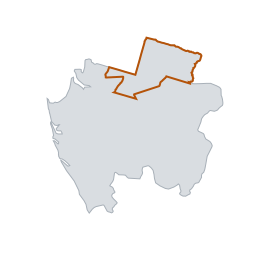 location of Wouleu-Ntem within Gabon, rotated 16°
{"feature_id": "GAB-2187", "entity_name": "Wouleu-Ntem", "entity_type": "Province", "adm_level": 1, "iso_a3": "GAB", "parent_name": "Gabon", "parent_adm1": "", "projection": "albers", "projection_center": [12.153, 1.276], "detail": "fine", "context": "in_parent", "style": "outline", "palette": "amber", "viewbox_px": 256, "rotation_deg": 16, "n_neighbors": 0, "source": "natural_earth", "source_scale": "10m", "svg_char_len": 5869}
<svg xmlns="http://www.w3.org/2000/svg" viewBox="0 0 256 256"><g transform="rotate(16 128 128)"><path d="M178.5,40.2L178.4,42.3L176.1,47.4L174.9,51.3L174.7,55.5L175.3,58.9L176.5,61.3L177.2,63.9L176.6,65.7L175.5,66.5L176.3,67.4L178.0,67.6L180.9,66.8L185.4,65.4L191.3,63.4L195.1,62.3L201.5,63.0L204.9,63.7L206.7,65.1L208.6,71.1L209.5,72.0L211.0,74.6L212.3,77.7L212.6,79.2L212.5,80.3L211.2,82.0L209.7,84.4L209.2,85.9L208.0,87.0L206.4,88.1L202.2,88.5L201.5,89.2L200.3,91.8L198.1,94.0L197.1,96.0L196.2,98.8L196.4,102.2L195.9,107.2L195.5,110.5L196.6,111.7L201.7,112.5L202.7,113.1L204.0,115.2L205.8,117.1L210.4,118.4L212.3,119.8L213.7,121.5L213.9,122.8L212.9,128.2L211.9,133.3L212.3,137.2L212.7,140.9L213.2,146.4L213.0,149.7L211.7,151.7L211.7,153.3L212.3,155.2L211.1,160.5L210.4,161.4L208.3,162.4L207.2,163.8L206.8,166.1L205.7,169.1L204.6,170.2L204.6,171.7L205.7,172.7L205.7,174.3L203.6,176.2L202.3,177.6L199.5,178.3L196.4,177.6L195.6,176.5L196.4,174.9L196.1,173.6L195.0,172.2L193.3,168.7L191.8,167.9L190.9,169.4L188.4,172.1L183.8,175.5L180.6,175.8L174.7,174.8L169.7,173.1L167.3,169.1L165.9,165.7L163.8,161.8L161.4,160.0L158.8,158.8L157.7,158.7L154.1,160.9L153.0,161.7L153.0,163.6L153.4,165.3L153.9,166.1L154.4,167.2L154.3,168.9L153.7,171.1L153.4,173.6L142.1,176.1L140.1,175.2L138.7,174.1L136.9,174.3L132.0,175.5L130.2,174.6L128.4,174.0L127.6,174.5L127.5,175.6L128.3,181.5L128.0,183.7L126.9,186.6L126.4,188.6L129.4,189.2L130.5,190.1L131.5,191.6L133.0,193.0L133.1,193.8L131.4,195.3L130.9,197.2L131.6,198.7L133.7,200.2L136.7,201.8L138.2,202.9L138.0,203.8L136.6,205.9L136.1,207.6L135.1,209.2L135.3,210.6L136.7,212.0L136.5,213.2L135.6,214.1L133.8,213.9L132.2,214.0L130.8,213.6L126.3,209.0L125.3,208.8L118.9,212.4L117.3,213.9L116.0,216.0L114.2,220.5L111.3,217.9L108.7,213.0L105.8,210.0L99.6,205.2L98.0,201.7L90.9,193.8L80.7,186.0L73.4,179.1L72.3,177.6L73.5,177.8L80.6,181.2L81.6,180.8L82.4,180.1L79.3,178.3L76.4,176.9L73.7,176.0L70.9,176.1L69.4,174.6L68.4,172.5L67.9,170.6L66.7,168.6L62.8,164.6L61.8,163.0L59.7,160.9L61.0,160.6L65.2,162.6L65.5,161.8L65.2,160.6L61.0,158.7L58.7,158.6L58.2,157.2L58.5,155.6L55.5,149.7L52.4,145.3L51.9,143.2L60.3,152.8L61.4,153.0L62.9,152.9L66.4,151.9L65.7,150.6L64.2,149.2L62.6,149.8L60.7,150.0L59.6,149.4L59.2,148.4L61.2,143.7L60.3,144.0L59.7,144.8L58.6,145.2L56.9,145.4L52.8,142.9L49.1,136.2L48.2,134.8L47.2,132.5L46.2,131.5L42.1,121.9L43.7,122.6L45.6,125.4L49.3,124.8L50.8,123.2L52.0,123.3L53.3,122.9L55.0,121.4L59.7,114.8L61.0,106.1L60.6,101.0L59.9,95.8L61.5,94.2L62.1,95.3L62.4,97.1L63.2,98.5L64.9,99.7L68.0,100.0L72.9,101.9L74.6,103.1L75.1,100.7L80.7,98.7L79.0,97.9L74.1,98.7L67.2,95.6L64.9,93.7L62.8,89.9L60.6,88.0L60.8,86.3L65.7,84.7L67.0,84.8L67.5,86.8L68.9,87.6L69.4,87.3L69.6,85.7L69.6,81.3L68.1,75.0L68.6,73.8L69.9,73.3L71.1,72.5L72.0,72.3L73.6,72.5L74.5,74.0L74.9,74.8L76.6,75.1L78.0,75.9L79.1,75.7L80.1,74.8L81.6,74.6L86.0,74.6L90.1,74.7L98.2,74.7L106.2,74.7L114.3,74.8L120.4,74.8L120.4,71.2L120.4,65.6L120.3,59.1L120.3,52.8L120.3,47.0L120.2,40.1L120.6,38.1L121.0,37.3L120.8,36.1L127.1,36.1L138.4,36.6L143.3,36.5L144.7,36.6L150.9,36.3L155.9,36.7L158.0,37.2L159.9,37.4L165.9,37.7L173.7,37.3L176.4,37.4L177.8,38.4L178.5,40.2Z" fill="#d9dde1" stroke="#a8b0b8" stroke-width="1"/><path d="M130.0,35.5L130.4,35.5L130.7,35.7L131.3,36.2L132.8,36.7L133.3,36.7L134.3,36.6L136.9,36.7L139.1,36.5L141.4,36.6L143.1,36.5L143.7,36.5L144.9,36.7L146.2,36.7L146.8,36.6L147.9,36.2L148.5,36.2L148.8,36.1L149.4,35.7L149.7,35.7L150.1,35.8L151.0,36.4L151.6,36.6L153.2,36.2L154.3,36.3L156.0,36.8L156.5,37.0L157.2,36.8L157.7,37.2L158.4,37.4L162.4,38.0L163.0,37.9L163.4,37.6L163.8,37.4L164.1,37.2L164.6,37.3L165.3,37.6L165.9,37.8L166.2,37.4L166.6,37.6L167.0,37.6L167.3,37.5L167.6,37.2L168.5,37.5L169.0,37.6L169.3,37.5L169.7,37.3L170.2,37.4L171.0,37.8L172.3,37.6L172.6,37.5L173.2,36.9L173.5,36.7L173.8,36.6L174.7,36.6L175.5,36.8L175.9,37.1L176.1,37.2L176.4,37.2L176.8,37.0L177.0,37.0L177.4,37.1L177.8,37.4L178.3,37.8L178.6,38.2L178.7,38.6L178.6,39.5L178.6,40.2L178.6,42.0L178.5,43.0L178.2,43.7L177.1,44.3L176.9,44.4L176.4,45.0L176.2,45.1L176.0,45.5L176.1,46.0L176.1,46.3L175.9,46.5L175.7,46.7L175.5,47.0L175.3,47.3L175.1,47.8L174.8,47.9L174.6,48.0L175.0,48.5L175.3,49.1L175.4,49.3L175.5,49.7L175.5,50.1L175.2,51.2L175.0,51.7L174.7,52.1L174.3,52.3L174.5,52.8L174.4,53.3L174.2,53.9L174.1,54.5L174.3,55.9L174.2,56.6L173.7,57.2L174.2,58.0L174.7,58.8L174.9,58.6L175.3,58.8L175.5,59.2L175.5,59.6L175.3,60.0L175.9,60.3L176.5,61.8L177.0,62.1L176.9,62.3L177.0,63.7L176.9,63.9L177.0,64.2L177.1,64.4L177.3,64.7L177.2,64.9L177.1,65.0L176.8,65.6L176.4,65.9L175.9,66.1L175.4,66.1L175.2,66.3L175.1,66.7L174.9,67.1L174.3,67.1L174.6,67.4L175.0,67.6L175.3,68.2L150.7,67.8L150.7,68.1L150.6,68.4L150.6,68.5L150.2,69.0L150.1,69.3L150.0,69.7L150.0,69.8L149.9,69.9L149.5,70.3L148.9,71.4L148.9,71.5L148.4,72.1L148.3,72.4L148.2,72.5L147.9,73.2L147.6,73.6L146.8,74.7L146.8,74.8L146.6,75.3L146.6,75.9L146.7,77.0L146.6,77.5L146.7,77.8L146.7,78.0L146.6,78.8L146.4,79.1L146.2,79.3L124.8,93.8L124.6,94.0L124.7,94.5L127.7,97.7L104.7,97.6L104.9,97.4L105.1,97.2L105.4,96.7L105.6,96.4L105.6,96.2L105.6,95.7L105.4,94.7L105.5,94.4L105.7,94.1L105.8,94.0L105.9,93.9L106.0,93.5L106.1,92.8L106.7,90.6L106.8,90.3L107.2,89.7L107.3,89.2L107.5,88.9L107.6,88.7L107.9,88.4L108.0,88.2L108.3,86.9L108.5,86.6L109.0,86.3L109.0,86.1L109.1,85.9L109.2,85.3L109.5,84.4L109.6,84.1L109.7,82.0L109.6,81.4L109.3,80.2L109.2,80.1L108.9,80.1L93.4,85.4L93.0,85.5L92.7,85.5L92.6,85.2L92.3,84.3L92.2,84.0L92.0,83.8L91.6,83.1L91.5,82.7L91.7,82.1L92.1,81.0L92.4,80.4L92.9,78.9L93.1,74.7L93.7,74.7L102.6,74.7L109.4,74.8L111.5,74.8L120.4,74.8L120.4,67.0L120.4,59.2L120.3,53.0L120.3,51.4L120.3,43.6L120.3,41.3L120.0,40.1L120.2,39.8L120.3,39.5L120.4,39.1L120.4,38.7L120.4,38.2L120.6,37.9L120.9,37.6L121.0,37.2L121.0,36.8L120.9,36.4L120.9,36.1L128.8,35.8L129.6,35.5L130.0,35.5Z" fill="none" stroke="#b45309" stroke-width="2"/></g></svg>